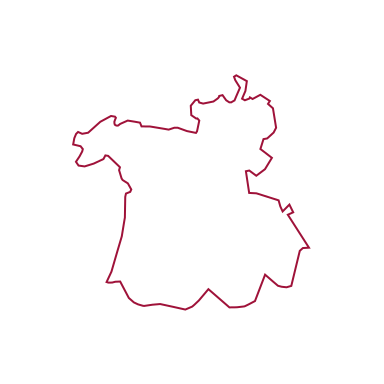 outline of Essex, Massachusetts, United States of America, rotated 204°
{"feature_id": "52423323B80508488513851", "entity_name": "Essex", "entity_type": "district", "adm_level": 2, "iso_a3": "USA", "parent_name": "United States of America", "parent_adm1": "Massachusetts", "projection": "albers", "projection_center": [-70.899, 42.651], "detail": "fine", "context": "isolated", "style": "outline", "palette": "rose", "viewbox_px": 384, "rotation_deg": 204, "n_neighbors": 0, "source": "geoboundaries", "source_scale": "gbopen_adm2", "svg_char_len": 1940}
<svg xmlns="http://www.w3.org/2000/svg" viewBox="0 0 384 384"><g transform="rotate(204 192 192)"><path d="M177.6,302.0L177.6,300.7L181.0,297.3L184.2,297.6L184.3,306.0L187.0,315.6L199.0,316.6L200.5,314.4L198.0,311.8L196.1,310.5L190.6,306.8L190.5,297.6L190.4,292.9L190.6,292.7L192.7,289.8L194.4,289.1L198.1,289.7L203.5,292.9L206.2,290.8L206.0,289.6L206.5,288.0L209.2,283.4L217.8,277.3L221.8,276.7L224.1,278.8L226.3,277.2L228.2,270.3L223.9,261.9L218.0,260.8L217.0,261.4L214.4,260.2L212.4,251.0L212.1,249.4L212.4,247.6L221.4,245.6L231.2,244.9L234.3,243.5L238.7,239.5L242.7,238.5L256.9,234.8L264.8,231.4L267.7,234.2L273.0,232.9L279.8,231.1L285.3,225.0L286.5,222.7L287.5,222.1L288.7,221.9L289.9,222.1L290.8,223.2L291.5,224.6L291.7,226.9L291.7,228.8L293.0,229.5L296.9,228.5L304.3,218.9L311.0,203.9L316.0,200.5L320.5,200.5L321.5,197.9L321.4,193.3L321.3,192.9L319.9,187.1L312.4,188.5L309.2,186.8L308.8,184.4L309.2,178.8L310.3,172.4L306.4,170.0L300.5,171.7L293.3,178.0L286.3,186.1L286.0,190.2L283.3,190.9L268.9,185.7L267.9,185.3L267.5,182.3L261.8,175.7L260.2,174.7L254.1,173.8L248.5,169.6L248.5,167.0L251.7,163.7L251.0,160.4L242.9,141.3L242.1,138.1L238.1,122.9L236.1,107.7L233.2,86.5L233.4,75.0L231.6,75.2L228.1,76.8L225.6,78.8L221.2,81.0L206.6,69.5L200.2,67.5L195.6,67.4L190.5,68.1L189.3,68.5L189.0,68.7L182.2,73.0L175.5,76.7L162.6,79.4L160.6,79.8L150.3,81.9L145.2,87.4L144.0,89.9L141.6,95.7L137.5,109.9L117.4,103.8L110.9,101.8L104.2,104.9L98.1,108.5L97.8,108.7L97.2,109.2L94.6,112.3L91.6,116.1L90.1,118.0L91.6,146.2L81.4,143.1L75.3,141.3L71.6,141.9L66.9,143.4L63.1,146.6L69.6,182.1L67.9,185.9L62.5,188.7L95.2,210.2L91.3,214.6L97.9,220.1L101.3,211.1L105.4,214.7L109.5,219.6L132.6,217.0L139.4,214.4L151.2,232.9L148.4,234.9L139.9,233.0L134.6,242.5L132.9,255.7L147.0,259.1L148.2,269.4L145.1,271.5L141.6,279.5L141.3,284.9L152.1,301.4L158.4,303.4L157.9,306.8L169.1,308.6L174.5,301.6L177.6,302.0Z" fill="none" stroke="#9f1239" stroke-width="2"/></g></svg>